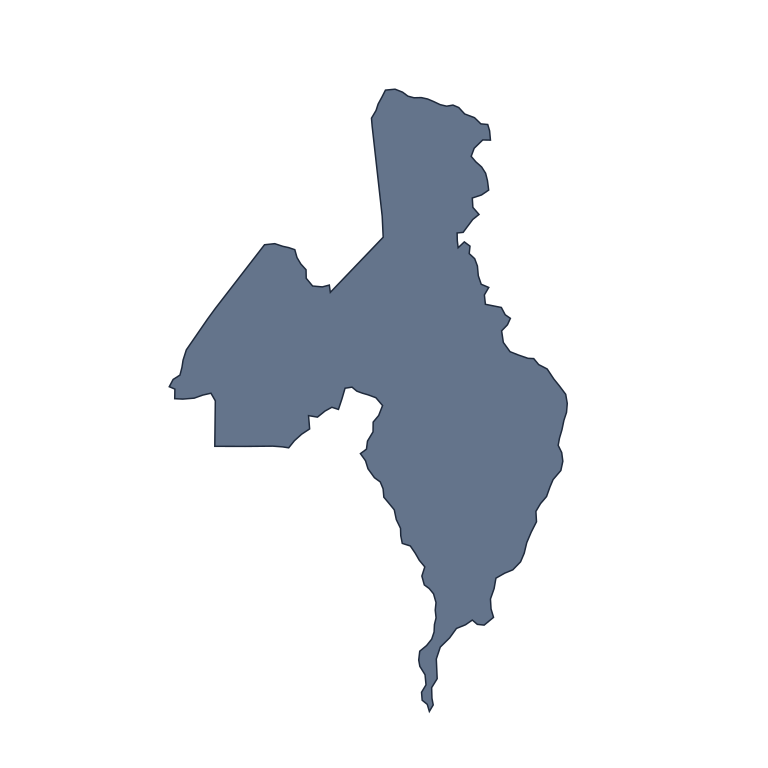 São Martinho, Santa Catarina, Brazil, rotated 203°
{"feature_id": "56859067B20212770642910", "entity_name": "São Martinho", "entity_type": "district", "adm_level": 2, "iso_a3": "BRA", "parent_name": "Brazil", "parent_adm1": "Santa Catarina", "projection": "mercator", "projection_center": [-48.982, -28.115], "detail": "fine", "context": "isolated", "style": "filled", "palette": "slate", "viewbox_px": 768, "rotation_deg": 203, "n_neighbors": 0, "source": "geoboundaries", "source_scale": "gbopen_adm2", "svg_char_len": 2583}
<svg xmlns="http://www.w3.org/2000/svg" viewBox="0 0 768 768"><g transform="rotate(203 384 384)"><path d="M474.5,658.3L480.9,659.9L489.0,659.7L497.5,655.1L498.0,647.6L498.8,639.4L498.2,632.7L499.4,623.8L495.6,616.6L451.2,537.7L442.1,518.8L469.2,447.4L473.0,453.7L478.7,449.3L488.0,446.3L496.9,450.9L500.4,458.7L507.5,462.0L513.5,466.4L518.6,472.8L525.1,472.3L530.9,471.2L539.4,470.5L548.4,465.5L568.7,388.1L571.7,375.3L579.3,338.2L578.3,327.5L576.5,320.4L575.3,312.5L579.9,305.8L580.6,297.6L574.5,297.6L570.9,288.7L563.3,291.5L553.2,296.8L546.6,302.9L539.7,307.9L532.7,302.6L515.4,260.5L508.8,263.3L487.4,272.3L462.2,283.3L452.8,286.5L446.8,288.0L444.3,296.8L440.2,305.6L434.9,313.6L441.1,325.4L432.3,327.5L427.7,336.1L422.9,342.2L416.0,342.8L416.9,353.9L418.2,364.9L412.2,368.6L406.2,366.8L400.3,367.1L394.5,367.8L386.1,368.2L376.9,363.6L376.6,352.9L379.1,344.7L375.4,335.7L376.9,325.0L374.7,317.2L378.5,310.7L371.0,306.1L365.6,299.7L356.2,294.0L349.2,292.4L343.9,287.2L339.9,279.7L333.6,276.5L325.4,272.2L319.7,264.0L312.4,257.6L309.3,250.9L304.9,244.4L296.5,245.2L289.2,240.5L282.6,235.5L275.0,231.6L274.1,222.0L268.4,214.8L262.5,213.4L256.4,210.2L250.7,203.1L248.5,195.9L244.7,189.1L243.6,182.3L241.0,175.3L240.4,167.8L242.6,159.9L246.7,152.0L244.2,143.5L240.7,138.1L232.6,132.4L227.8,123.5L229.0,114.9L225.3,107.8L219.0,106.0L214.3,100.3L213.3,107.8L217.1,113.5L221.5,123.1L219.9,133.5L224.0,142.1L228.4,151.3L229.4,163.8L224.4,175.9L221.8,187.3L214.9,194.2L210.5,201.2L204.2,199.2L197.6,201.2L192.0,212.0L197.6,218.8L202.0,227.7L202.7,238.7L205.1,249.0L199.1,256.9L192.8,263.3L188.8,273.7L188.8,283.0L190.6,293.7L190.6,305.1L189.8,316.8L194.4,326.1L193.2,335.0L190.4,343.9L191.0,354.2L191.0,362.1L187.4,373.5L189.2,382.8L193.6,390.3L199.7,395.6L201.3,402.7L202.3,411.4L204.2,420.9L204.9,429.2L207.7,437.7L212.7,445.5L221.5,450.6L229.7,455.0L239.7,461.6L249.2,462.3L256.1,465.9L261.5,463.9L271.8,463.2L280.6,463.0L290.4,468.9L296.5,478.9L293.5,486.7L293.3,493.8L299.5,495.1L305.9,500.3L313.1,498.8L321.8,497.0L326.4,505.2L325.3,513.8L333.5,513.8L339.5,520.5L344.1,529.1L349.5,534.8L356.5,537.3L358.7,544.5L365.6,546.2L369.0,538.4L372.5,544.5L375.7,551.6L370.4,554.5L368.8,561.2L366.6,570.1L362.8,577.2L371.2,581.3L375.4,589.7L368.1,596.1L363.4,603.4L368.2,611.6L372.8,617.7L378.9,621.9L386.3,624.4L392.7,627.6L393.1,636.2L388.5,647.2L381.3,650.1L385.7,658.3L389.9,663.4L396.5,661.3L404.7,664.5L415.3,664.1L423.2,667.7L429.5,667.7L434.9,664.2L441.5,663.1L448.7,663.4L455.2,663.4L461.6,662.2L468.2,659.2L474.5,658.3Z" fill="#64748b" stroke="#1e293b" stroke-width="1.5"/></g></svg>